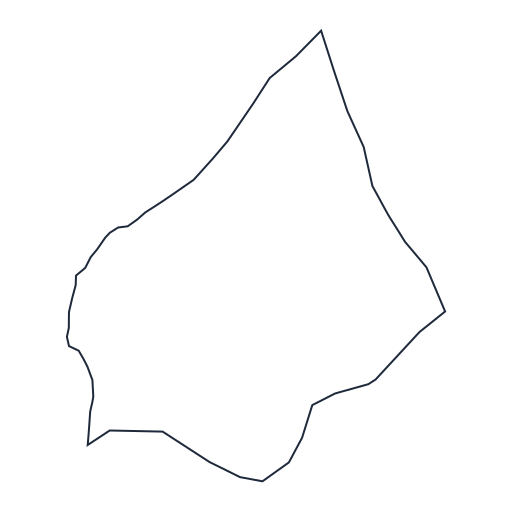 Tandjilé Centre, Tandjilé, Chad
{"feature_id": "50815135B21537967756666", "entity_name": "Tandjilé Centre", "entity_type": "district", "adm_level": 2, "iso_a3": "TCD", "parent_name": "Chad", "parent_adm1": "Tandjilé", "projection": "natural_earth1", "projection_center": [16.099, 9.299], "detail": "fine", "context": "isolated", "style": "outline", "palette": "slate", "viewbox_px": 512, "rotation_deg": 0, "n_neighbors": 0, "source": "geoboundaries", "source_scale": "gbopen_adm2", "svg_char_len": 892}
<svg xmlns="http://www.w3.org/2000/svg" viewBox="0 0 512 512"><path d="M209.6,462.1L230.7,472.5L239.9,477.1L262.5,481.3L288.9,462.4L302.1,437.7L312.3,405.1L334.8,393.6L340.3,392.0L368.3,384.2L375.6,379.5L419.5,332.0L445.1,311.5L426.5,267.4L417.4,256.5L405.0,241.8L396.7,228.4L391.5,220.2L388.1,214.7L382.1,203.8L381.6,202.8L372.4,186.0L363.7,147.0L347.4,111.2L334.0,70.9L321.1,30.7L296.0,56.2L269.7,78.0L253.1,103.7L227.4,141.4L213.4,157.9L193.7,179.8L169.9,196.3L160.7,202.5L145.2,212.5L137.1,219.6L127.7,226.3L118.1,227.5L109.9,232.7L105.2,237.7L97.1,249.4L90.8,257.0L85.2,267.9L76.0,275.6L75.7,285.1L72.2,298.1L69.0,311.9L68.9,316.9L68.8,328.0L66.9,336.8L69.0,346.1L78.7,350.7L83.4,358.8L87.4,366.6L89.9,373.3L92.4,380.0L93.3,396.5L92.3,402.3L90.2,411.4L89.3,424.5L88.6,434.2L88.1,440.2L87.7,445.0L109.7,430.5L162.6,431.6L209.6,462.1Z" fill="none" stroke="#1e293b" stroke-width="2"/></svg>